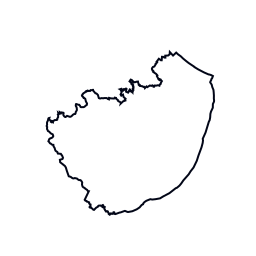 Waimakariri District, Canterbury, New Zealand (Mercator projection), rotated 295°
{"feature_id": "76426892B89827280876957", "entity_name": "Waimakariri District", "entity_type": "district", "adm_level": 2, "iso_a3": "NZL", "parent_name": "New Zealand", "parent_adm1": "Canterbury", "projection": "mercator", "projection_center": [172.332, -43.208], "detail": "fine", "context": "isolated", "style": "outline", "palette": "ink", "viewbox_px": 256, "rotation_deg": 295, "n_neighbors": 0, "source": "geoboundaries", "source_scale": "gbopen_adm2", "svg_char_len": 5816}
<svg xmlns="http://www.w3.org/2000/svg" viewBox="0 0 256 256"><g transform="rotate(295 128 128)"><path d="M103.9,52.5L103.5,52.0L103.0,51.8L100.7,52.3L99.6,52.2L98.4,52.4L96.8,53.3L95.5,53.4L95.0,53.8L94.8,54.3L92.9,55.0L92.0,56.2L91.6,56.5L91.4,56.9L91.4,58.1L90.5,60.2L90.4,62.5L89.1,63.7L87.8,63.6L86.6,62.9L86.0,62.1L85.7,62.1L85.3,61.6L84.6,61.3L82.3,61.5L82.0,62.4L81.2,63.7L81.2,64.8L80.9,65.6L80.8,66.5L81.2,67.5L79.9,68.3L79.0,69.8L77.1,71.5L76.7,72.1L76.4,74.1L75.2,75.2L76.2,78.1L75.3,79.4L75.3,79.8L73.5,81.7L72.2,81.7L70.4,79.7L68.3,81.0L66.9,86.9L65.9,88.4L63.4,90.6L59.2,94.7L59.5,96.6L59.1,98.5L59.1,99.5L59.4,100.2L60.0,100.7L60.3,101.6L60.6,103.2L60.2,104.4L60.1,105.6L60.7,107.0L60.0,108.6L59.3,109.5L57.3,110.2L55.7,111.6L55.3,112.8L55.4,113.9L55.0,114.7L54.6,117.2L53.9,118.2L53.9,118.6L54.1,119.2L44.6,119.1L44.3,119.6L44.1,120.3L44.4,121.2L43.9,121.9L44.1,122.6L44.2,124.2L43.3,124.6L42.8,125.5L42.9,126.3L42.5,126.6L41.7,126.8L40.3,126.5L39.9,126.7L39.8,127.3L40.4,128.0L40.0,128.5L39.9,129.5L39.3,131.0L39.4,131.8L42.3,132.8L44.0,134.0L44.5,133.9L45.2,134.2L46.1,135.8L46.0,136.3L46.3,137.3L47.2,137.4L47.6,137.8L47.4,138.3L46.6,139.0L45.8,138.1L45.5,138.3L45.6,139.1L46.3,139.6L46.5,140.3L44.8,140.7L44.4,141.1L44.2,141.6L43.7,142.1L43.0,143.5L43.8,144.1L43.9,144.9L43.7,145.2L43.2,145.5L42.4,146.7L41.9,146.9L41.7,148.1L42.3,148.3L43.0,148.0L43.5,148.8L43.3,149.4L43.5,150.0L43.8,150.5L45.4,150.4L45.7,150.7L45.8,151.0L45.7,151.3L45.2,151.3L44.6,151.7L44.5,152.5L44.7,153.0L47.8,156.1L48.4,157.0L51.4,160.0L51.6,160.4L51.7,162.9L51.9,163.6L54.4,167.1L58.0,170.3L61.0,172.1L64.0,172.9L65.3,173.9L66.0,173.7L67.8,174.2L69.8,175.4L72.9,178.3L73.4,180.2L75.1,183.0L77.8,186.8L80.7,188.7L86.5,193.1L93.6,196.7L94.5,197.6L97.5,199.0L100.2,199.7L103.9,200.3L111.7,202.6L115.1,203.0L119.9,204.1L127.4,204.2L132.8,203.5L141.5,202.8L146.0,202.0L148.5,201.2L149.8,200.3L156.6,200.2L167.9,198.6L169.6,198.7L172.3,198.0L175.6,196.7L177.9,196.3L182.2,196.3L185.6,194.8L188.2,194.8L189.1,194.5L191.1,193.3L193.6,192.2L196.7,190.5L198.7,189.3L200.7,187.1L202.7,185.5L204.1,183.2L205.0,183.0L206.3,183.2L207.5,182.9L208.6,183.2L211.0,183.0L211.1,181.0L210.9,179.3L210.6,178.4L210.5,173.5L210.8,166.9L211.3,162.4L211.5,162.3L212.5,155.7L213.1,153.0L214.2,148.7L215.3,145.5L215.9,142.2L216.7,139.8L212.7,138.2L214.5,133.8L212.4,134.6L210.7,133.8L209.3,131.2L207.6,132.1L207.2,131.2L207.4,130.0L206.9,128.7L203.6,129.9L203.3,129.3L203.8,126.7L200.0,125.9L199.9,126.6L197.8,126.2L197.6,125.9L197.0,126.1L194.9,125.9L193.8,124.8L192.2,124.5L191.6,124.7L190.9,125.4L190.5,126.5L190.2,126.4L189.4,128.3L189.3,128.2L188.9,130.7L188.1,132.4L187.3,132.2L185.2,135.0L185.7,135.6L185.7,135.9L185.5,135.7L185.1,135.9L184.9,135.7L184.8,136.0L185.3,136.1L185.1,136.7L185.4,136.8L184.8,138.9L183.1,138.7L181.7,139.0L180.9,138.4L179.6,138.6L179.5,137.6L179.3,136.9L178.4,135.8L177.8,134.3L176.5,134.3L176.3,134.0L176.2,133.7L177.0,133.2L176.7,132.6L176.9,132.0L176.0,131.3L175.8,129.9L173.2,128.2L173.5,127.2L171.4,126.5L171.9,126.1L172.1,125.6L171.8,125.5L171.9,125.2L171.7,124.6L172.0,123.7L171.9,123.3L171.7,123.1L171.7,122.6L171.3,121.5L171.3,121.0L171.5,120.9L171.3,120.7L171.6,120.4L171.4,120.3L171.6,119.5L172.7,118.8L173.4,118.0L174.3,117.4L173.4,115.9L172.9,115.6L171.9,114.1L172.2,113.9L172.1,113.3L172.3,113.4L172.9,111.3L173.1,111.1L173.0,110.0L170.9,109.7L170.6,110.8L170.8,111.0L170.6,111.6L170.2,111.9L170.4,112.1L169.6,112.5L169.8,112.8L169.4,113.0L169.0,113.6L169.3,114.1L168.8,114.3L168.8,114.5L168.5,114.5L168.3,114.8L167.9,114.8L167.6,115.2L167.7,115.5L166.8,116.0L166.6,115.7L165.7,115.6L165.5,115.8L165.7,116.0L165.4,116.2L164.6,116.1L164.4,116.2L164.4,116.6L164.0,116.4L163.3,116.9L162.8,116.8L162.3,117.0L162.5,116.6L162.3,116.4L162.6,116.0L162.4,115.5L162.8,114.9L162.7,114.8L163.0,114.7L163.0,114.4L163.7,113.7L163.7,113.3L160.1,113.1L160.1,110.9L161.1,110.6L161.5,110.2L162.6,110.2L162.6,109.9L162.8,109.9L162.9,109.5L162.3,109.1L161.7,108.3L161.0,108.3L161.1,107.5L159.5,107.6L159.3,107.1L160.7,105.4L159.7,104.3L159.6,105.1L158.6,106.2L158.6,106.6L157.7,107.1L155.2,107.1L154.5,108.2L155.5,108.6L155.8,109.2L156.1,109.4L154.3,110.8L153.4,113.5L151.6,113.1L151.6,113.3L151.2,113.2L151.2,113.4L150.1,112.3L147.1,111.1L147.6,111.0L148.0,110.4L148.1,109.9L148.3,109.5L148.2,108.1L148.5,107.3L149.0,107.1L149.6,104.8L150.2,104.4L149.9,103.2L149.2,103.3L148.8,102.9L147.4,99.4L147.5,99.1L147.3,98.0L146.7,98.0L146.4,98.4L145.9,98.6L145.8,97.3L146.0,96.9L146.1,96.0L144.9,93.5L144.5,93.1L143.9,91.4L142.9,90.2L142.8,88.9L145.2,86.8L145.8,85.3L145.9,84.3L145.7,83.8L147.2,80.6L147.8,80.2L147.6,79.8L147.0,79.3L146.6,78.2L145.6,78.0L145.5,77.5L145.0,77.0L145.0,76.6L144.9,76.5L144.8,76.0L144.5,75.9L144.4,75.7L144.5,75.5L144.1,75.4L143.9,75.0L143.9,74.6L143.4,74.4L143.2,74.5L143.1,74.2L141.8,73.8L140.8,73.0L139.7,72.6L139.2,72.8L138.2,72.4L137.5,73.0L136.9,75.0L136.6,74.9L136.4,75.2L136.6,75.9L136.4,76.9L134.3,78.6L132.9,80.5L131.5,80.9L130.4,80.2L128.9,79.6L128.2,79.0L127.1,76.8L127.0,76.3L127.2,75.8L127.9,75.1L128.4,74.0L128.1,73.4L127.9,71.1L127.7,70.8L126.6,71.0L125.8,71.5L125.0,72.7L123.3,73.8L122.4,74.1L120.4,73.9L118.9,74.3L118.4,74.2L117.8,73.2L116.6,72.4L115.5,72.1L114.2,71.4L113.6,70.7L113.2,67.6L111.6,66.8L111.4,66.3L111.6,65.3L112.2,64.2L113.0,63.6L114.2,63.4L114.5,63.1L114.3,62.1L113.7,61.5L113.9,61.1L113.4,60.7L113.5,59.9L112.9,60.4L112.8,59.6L112.5,59.3L112.4,60.2L112.2,60.3L112.0,60.2L111.8,59.6L112.0,59.1L112.2,58.9L112.3,58.5L111.7,59.0L110.7,58.7L110.4,59.2L109.3,59.6L108.3,60.1L106.4,59.9L105.8,60.3L105.5,60.1L105.2,60.1L104.1,58.1L103.2,57.7L102.5,56.7L101.9,56.6L101.6,57.5L101.4,57.6L101.3,56.8L100.9,56.4L101.0,55.4L101.3,55.3L102.1,55.7L102.1,55.3L101.7,54.9L102.0,54.5L102.3,53.5L102.9,52.6L103.9,52.5Z" fill="none" stroke="#020617" stroke-width="2"/></g></svg>